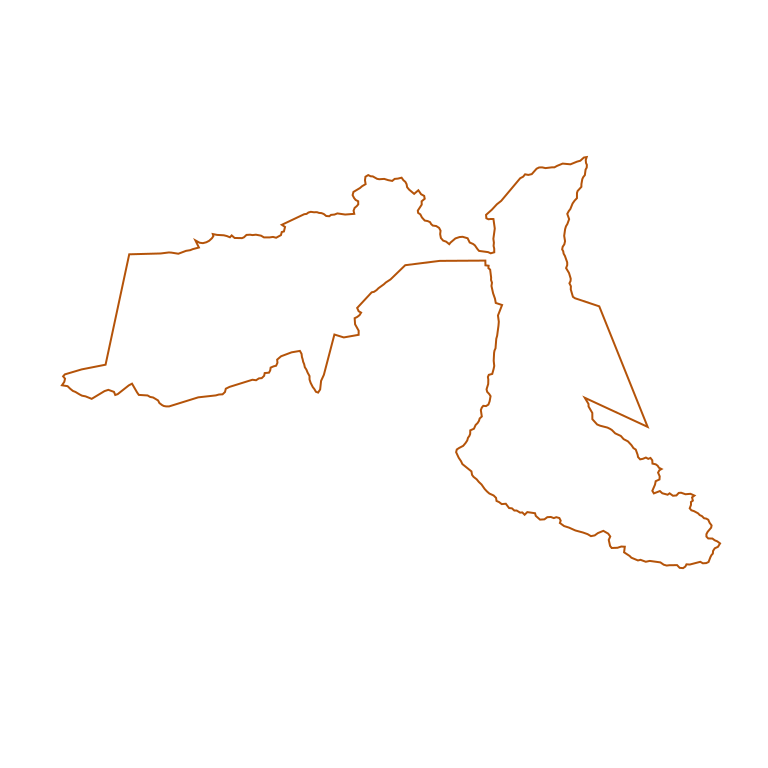 outline of Sobral, Ceará, Brazil, rotated 355°
{"feature_id": "56859067B25593631860956", "entity_name": "Sobral", "entity_type": "district", "adm_level": 2, "iso_a3": "BRA", "parent_name": "Brazil", "parent_adm1": "Ceará", "projection": "mercator", "projection_center": [-40.186, -3.856], "detail": "fine", "context": "isolated", "style": "outline", "palette": "amber", "viewbox_px": 768, "rotation_deg": 355, "n_neighbors": 0, "source": "geoboundaries", "source_scale": "gbopen_adm2", "svg_char_len": 6152}
<svg xmlns="http://www.w3.org/2000/svg" viewBox="0 0 768 768"><g transform="rotate(355 384 384)"><path d="M181.2,234.2L172.9,234.5L141.5,232.6L108.3,340.5L84.1,343.1L66.9,346.6L65.0,348.4L66.7,350.9L65.7,354.0L63.1,357.2L68.6,358.6L71.0,361.4L73.5,363.8L75.9,365.0L79.9,367.9L82.1,369.3L85.6,370.3L91.5,373.3L105.0,366.7L108.9,365.8L114.3,368.3L115.3,371.5L117.8,370.9L129.7,363.1L133.0,361.7L137.3,370.9L138.8,373.5L147.5,374.8L149.9,376.5L152.8,377.3L157.5,380.7L158.6,383.4L161.0,385.6L162.7,386.7L164.9,387.3L167.9,387.6L197.8,381.1L215.5,380.7L218.6,380.1L222.3,380.2L224.9,378.1L226.0,374.9L229.9,373.4L253.3,368.3L256.9,369.1L259.9,367.5L262.7,367.5L265.3,365.4L266.1,362.7L270.4,362.7L271.8,360.6L272.5,357.8L275.5,356.8L278.1,356.4L279.7,353.6L279.7,350.4L283.9,347.4L294.7,344.4L303.1,343.7L304.5,346.8L304.6,350.0L305.1,352.2L305.4,354.8L306.2,357.3L306.6,360.4L307.9,362.8L308.9,366.0L310.5,369.6L310.2,373.0L311.0,376.4L312.8,380.9L314.2,383.0L315.5,385.8L317.6,386.8L319.9,383.9L321.6,375.4L324.9,369.6L338.9,330.4L348.0,334.1L363.0,332.8L363.4,328.7L360.4,322.0L360.5,315.9L363.1,314.9L365.6,313.3L367.4,310.9L365.1,309.3L363.9,305.9L379.7,291.6L382.1,291.3L384.8,289.8L386.8,288.1L392.5,284.7L394.7,283.0L399.6,280.4L415.5,267.5L450.3,266.2L495.7,269.9L495.4,274.6L498.5,275.3L498.1,277.7L499.7,279.3L500.0,287.2L499.7,289.7L500.4,292.5L499.6,295.7L500.6,303.2L502.0,308.7L502.4,313.0L508.5,315.6L503.5,325.7L503.8,332.0L503.1,336.0L500.9,345.8L499.8,348.7L498.2,358.2L497.0,360.3L496.4,362.5L495.3,370.4L495.4,375.6L494.5,378.6L492.7,383.4L489.2,384.0L488.1,386.1L488.3,388.6L487.8,393.1L485.7,398.2L486.1,400.8L487.9,403.1L489.1,405.4L487.7,410.5L486.2,413.6L483.7,414.9L481.0,414.4L479.4,416.0L478.2,418.4L478.6,424.9L476.3,426.7L475.4,429.0L473.8,431.1L471.7,432.8L469.7,436.4L465.9,437.7L465.5,441.2L464.5,443.2L463.0,444.9L462.0,447.5L460.1,449.9L457.5,452.5L453.2,454.3L450.8,455.6L449.9,458.2L452.0,464.0L454.0,467.6L455.1,470.6L463.5,478.7L463.8,482.2L465.1,484.3L468.0,487.0L469.9,489.8L472.4,492.6L475.1,497.3L477.2,500.0L479.4,502.3L483.5,504.6L485.7,507.2L485.9,510.3L488.4,511.7L490.8,513.9L494.9,513.9L497.8,518.5L500.6,519.0L502.8,521.4L505.1,521.6L508.4,524.0L510.6,524.0L512.7,526.5L515.6,524.1L523.2,525.9L523.7,528.6L527.6,532.7L532.0,532.8L535.1,530.9L538.6,531.0L541.5,532.4L544.0,531.7L547.0,532.8L548.1,535.5L547.1,537.8L551.0,541.2L555.8,543.2L561.9,546.6L569.3,549.3L573.7,551.3L576.9,553.6L580.7,553.2L584.0,551.2L589.7,549.4L594.3,552.6L596.1,555.6L594.3,558.9L595.1,565.0L596.5,567.2L602.3,567.5L606.2,566.6L609.7,567.1L608.5,572.6L613.7,576.7L615.3,578.6L621.6,581.9L624.2,581.5L629.3,583.9L633.3,583.4L643.8,585.8L646.9,588.4L649.8,589.5L652.7,589.4L660.2,590.0L662.5,592.9L665.9,593.5L668.3,592.1L669.6,590.0L672.9,590.5L683.6,588.7L686.0,590.4L689.4,590.5L691.8,589.6L694.2,584.7L695.3,583.0L696.8,581.6L697.3,578.9L699.2,576.5L702.5,575.3L704.9,572.1L702.3,569.8L699.8,568.5L697.7,566.6L693.5,566.1L691.9,564.1L692.1,561.7L693.5,559.5L697.4,555.6L698.0,553.4L696.3,550.7L695.2,547.5L693.3,546.2L691.1,545.6L689.2,543.3L687.1,542.1L685.6,540.2L681.8,537.7L679.2,536.6L677.7,534.5L679.3,531.2L679.5,528.3L681.5,527.1L681.0,523.8L683.5,522.2L679.7,520.1L674.7,520.1L670.5,518.2L668.1,518.2L665.6,520.5L662.1,520.5L659.0,517.8L656.9,519.0L651.7,517.1L649.5,514.7L643.3,516.5L642.0,513.8L645.2,507.9L646.2,504.5L650.1,503.1L650.6,500.0L649.3,496.2L650.8,493.9L653.0,492.9L650.6,491.4L649.5,489.3L647.7,487.7L644.5,486.7L644.6,483.4L643.0,480.9L640.7,481.6L638.5,480.1L635.3,481.1L632.6,481.4L630.7,478.9L630.5,476.7L629.1,471.3L626.9,469.6L625.2,466.5L622.0,462.4L617.9,459.8L615.4,456.4L610.0,453.3L607.0,449.7L605.3,448.4L602.8,446.9L595.7,444.4L592.8,442.9L588.5,437.2L589.0,431.0L585.8,424.2L586.0,421.7L582.8,415.2L642.9,449.7L605.2,325.4L581.7,315.2L579.8,313.6L578.3,306.1L578.7,302.9L577.5,299.8L578.8,297.7L579.2,295.4L578.0,289.6L575.5,284.4L576.9,281.5L577.1,278.8L575.4,272.2L574.3,269.8L574.1,267.3L573.2,265.4L574.0,262.8L575.8,260.6L576.8,257.5L576.4,252.1L577.9,245.6L579.0,242.8L580.6,240.6L582.8,235.9L581.4,230.5L583.1,227.9L584.9,225.9L587.6,220.6L589.9,217.9L592.4,215.7L592.9,210.5L593.7,208.6L597.8,204.8L598.1,202.0L599.4,197.2L600.4,195.4L602.3,193.4L603.5,188.0L604.8,186.1L605.2,183.4L604.5,181.4L604.5,178.4L605.7,175.6L602.9,175.8L599.0,178.7L595.7,179.3L588.9,181.4L581.2,180.0L575.4,181.8L572.7,183.0L569.9,182.8L563.7,183.0L560.5,182.0L557.4,181.8L554.8,182.8L549.5,187.8L546.0,188.3L542.8,187.4L540.7,189.6L537.6,190.9L516.7,211.8L512.1,214.8L506.6,219.8L500.4,224.4L500.4,227.8L502.4,229.0L504.8,228.9L507.4,229.2L507.9,238.8L505.6,248.9L505.8,252.8L505.2,256.0L505.6,258.8L505.3,262.4L501.7,263.1L499.2,261.7L490.3,259.7L488.9,257.8L486.6,253.8L485.0,252.3L481.7,250.5L480.0,246.1L475.1,244.2L472.0,244.2L467.8,245.2L462.6,248.9L461.2,250.4L458.3,247.6L455.4,246.3L453.4,243.5L453.0,239.6L453.7,236.2L452.5,233.3L449.8,231.2L446.4,230.4L444.9,228.8L444.0,226.8L441.7,225.5L438.8,224.7L436.3,221.4L435.0,218.2L432.9,216.5L432.8,214.2L437.2,208.6L437.4,205.3L440.7,203.0L440.4,200.1L437.5,198.2L435.1,194.0L430.6,197.2L426.0,192.6L424.2,190.0L423.9,186.9L422.9,184.5L421.1,182.7L419.5,180.0L415.7,180.6L412.5,180.6L409.9,182.4L406.0,181.3L402.1,179.7L397.1,179.6L395.0,179.0L390.9,176.2L388.8,175.9L386.5,174.5L383.6,175.9L382.8,179.3L383.1,183.3L379.5,185.0L377.1,186.7L370.3,190.0L369.2,193.1L370.4,196.1L371.8,198.2L374.2,199.7L374.0,202.8L372.4,204.4L370.1,206.0L368.8,208.7L369.2,211.9L360.1,211.8L352.4,210.0L349.4,210.9L346.0,210.9L344.1,212.1L341.1,211.6L338.8,209.4L336.6,208.3L334.2,207.9L332.2,207.0L329.1,206.8L326.1,206.1L323.6,206.6L321.7,207.8L319.3,207.9L296.1,216.5L299.1,218.9L297.6,223.3L295.4,223.7L294.3,226.7L289.3,228.9L286.2,227.8L282.8,228.0L277.2,227.5L274.4,225.5L269.4,224.1L266.0,224.2L263.6,223.6L260.0,223.5L257.2,225.7L255.2,226.3L247.9,225.5L245.2,222.7L243.3,224.4L240.3,222.9L237.4,221.9L230.6,220.9L226.5,219.7L226.9,221.8L225.3,223.8L222.3,226.1L219.4,227.3L215.9,227.9L212.6,227.2L208.6,224.5L211.5,231.9L205.2,233.0L202.6,233.8L198.4,234.1L190.5,236.3L183.7,234.6L181.2,234.2Z" fill="none" stroke="#b45309" stroke-width="2"/></g></svg>